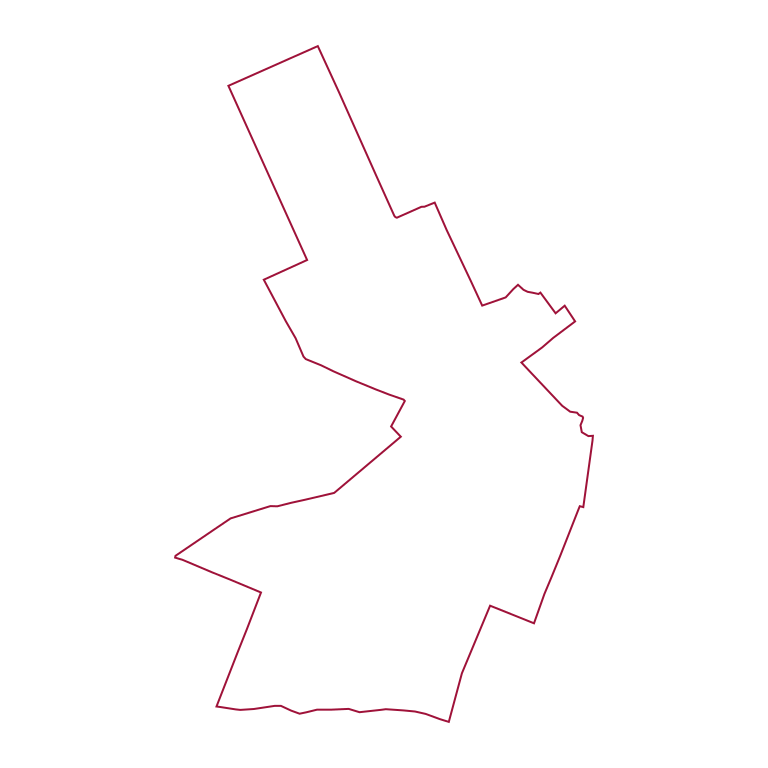 Crangu, Teleorman, Romania (orthographic projection)
{"feature_id": "2599482B25275018283858", "entity_name": "Crangu", "entity_type": "district", "adm_level": 2, "iso_a3": "ROU", "parent_name": "Romania", "parent_adm1": "Teleorman", "projection": "orthographic", "projection_center": [25.064, 43.86], "detail": "fine", "context": "isolated", "style": "outline", "palette": "rose", "viewbox_px": 768, "rotation_deg": 0, "n_neighbors": 0, "source": "geoboundaries", "source_scale": "gbopen_adm2", "svg_char_len": 1467}
<svg xmlns="http://www.w3.org/2000/svg" viewBox="0 0 768 768"><path d="M575.1,321.4L572.2,317.0L564.7,305.7L555.6,313.3L540.4,292.6L538.4,294.0L532.5,292.7L527.6,291.8L523.5,289.8L518.0,284.8L513.3,289.1L505.7,297.4L482.2,305.6L471.1,281.6L446.7,230.1L434.7,202.6L424.5,206.7L421.4,206.8L400.7,216.0L396.9,217.7L395.4,217.1L394.3,215.8L375.8,174.7L339.2,92.7L317.8,46.1L289.4,58.7L228.4,85.8L255.8,146.5L307.1,260.0L263.8,279.7L285.8,321.2L295.6,338.2L303.5,356.6L305.8,359.1L321.1,365.3L333.2,371.2L355.8,381.2L375.5,389.3L389.2,394.6L403.6,399.6L404.8,401.0L391.1,426.5L400.8,436.7L368.1,464.3L334.2,492.9L304.8,499.8L291.2,502.8L277.3,506.3L270.4,506.1L230.6,518.4L213.9,529.7L175.5,555.8L175.3,556.7L175.1,557.6L179.0,558.8L182.2,559.7L212.0,572.3L228.9,579.1L261.0,592.5L246.9,629.1L237.6,652.4L216.5,706.5L220.2,707.0L235.7,709.4L240.3,709.9L253.9,709.0L274.5,705.9L281.0,705.9L291.1,710.6L299.6,713.7L306.3,712.3L316.9,709.7L330.4,709.7L348.7,708.9L359.5,712.2L381.3,709.8L385.8,709.2L403.3,710.4L415.0,711.5L425.6,713.9L439.8,719.1L448.8,721.9L461.9,673.3L490.1,605.7L534.0,623.3L544.4,594.0L551.6,576.9L560.1,556.1L565.5,542.4L577.8,511.1L579.4,507.1L579.8,506.2L583.3,507.1L592.5,440.6L592.9,435.8L588.4,436.1L581.8,432.2L580.5,425.2L582.3,420.8L583.1,417.9L582.6,416.6L579.1,415.1L577.0,412.7L570.2,411.7L565.2,408.0L562.2,405.8L532.0,373.8L521.4,362.5L522.0,362.1L542.2,347.4L553.2,337.9L575.1,321.4Z" fill="none" stroke="#9f1239" stroke-width="2"/></svg>